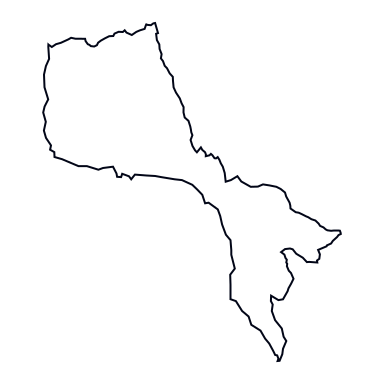 the district of Koilineia, Paphos, Cyprus
{"feature_id": "46923920B51362656618106", "entity_name": "Koilineia", "entity_type": "district", "adm_level": 2, "iso_a3": "CYP", "parent_name": "Cyprus", "parent_adm1": "Paphos", "projection": "natural_earth1", "projection_center": [32.649, 34.878], "detail": "fine", "context": "isolated", "style": "outline", "palette": "ink", "viewbox_px": 384, "rotation_deg": 0, "n_neighbors": 0, "source": "geoboundaries", "source_scale": "gbopen_adm2", "svg_char_len": 2718}
<svg xmlns="http://www.w3.org/2000/svg" viewBox="0 0 384 384"><path d="M48.4,44.6L48.3,46.8L49.1,58.9L45.9,66.1L44.0,74.6L44.5,87.3L48.2,99.4L44.6,106.5L43.2,112.5L45.8,121.8L43.9,130.6L46.0,137.9L51.0,145.4L50.1,149.7L54.3,152.1L54.5,157.0L62.1,159.2L78.4,166.1L86.8,166.1L98.4,169.7L103.0,168.0L113.0,166.7L116.5,173.5L117.1,176.8L121.1,177.1L122.2,173.8L129.0,176.3L131.2,179.3L134.9,174.6L146.6,175.5L155.2,176.0L161.2,177.1L174.7,179.3L182.0,180.1L192.3,184.8L197.2,189.5L202.3,194.8L205.1,203.3L208.6,202.7L217.8,209.4L220.2,216.0L222.1,224.5L225.9,234.7L230.5,240.2L231.3,250.1L231.3,254.8L234.8,268.6L230.2,274.7L230.5,284.8L230.5,299.2L235.9,301.1L242.1,311.0L248.6,316.5L251.3,324.8L260.5,330.6L265.1,338.6L269.2,343.5L273.1,350.7L274.4,353.3L275.1,354.9L277.2,355.4L278.4,358.7L277.6,361.0L279.6,360.8L282.3,354.2L283.0,348.8L286.3,341.0L283.6,336.7L281.8,328.5L275.1,320.2L271.8,311.0L272.7,304.5L270.9,301.1L271.1,295.7L278.4,300.1L283.0,299.3L287.6,291.2L288.5,288.3L291.1,283.7L293.5,278.8L291.0,273.0L288.8,270.7L286.9,266.2L287.2,263.8L286.3,262.5L286.8,259.7L285.5,258.0L284.4,254.6L281.1,252.1L285.0,249.1L290.0,248.5L292.7,249.3L296.2,253.7L297.3,254.4L302.8,257.7L306.9,262.1L309.1,261.9L317.3,262.5L317.0,260.5L319.3,258.8L319.9,254.3L318.1,249.9L326.6,246.3L326.9,245.4L331.1,243.5L332.8,240.9L337.1,237.0L338.5,235.1L340.8,234.0L340.6,232.7L339.9,230.7L338.3,230.5L334.2,230.5L331.1,230.8L327.4,230.3L325.7,229.4L323.5,227.4L320.1,225.9L318.7,223.7L315.4,220.5L311.4,219.2L308.2,217.2L306.2,216.4L301.9,214.2L298.7,212.7L295.7,212.2L293.6,210.7L290.5,208.5L290.3,205.6L289.6,202.7L286.2,196.5L285.0,192.5L280.7,189.0L276.4,186.8L269.4,185.4L263.0,184.4L257.9,186.6L250.7,186.8L246.1,184.2L241.3,181.5L237.4,176.2L230.9,180.1L225.7,181.7L224.7,173.0L222.8,166.7L220.8,163.3L219.4,159.8L217.7,157.1L216.0,158.4L214.5,158.2L212.4,155.2L210.9,153.9L209.5,155.3L205.8,156.2L205.9,154.5L205.1,152.3L202.3,149.9L200.9,147.4L196.9,152.3L195.1,150.4L192.5,146.0L190.6,140.0L192.4,135.2L191.3,132.3L190.9,129.6L190.3,126.6L188.5,120.9L184.7,117.5L183.5,112.4L183.6,107.1L181.6,103.3L179.8,98.4L176.0,92.6L173.6,87.4L173.0,81.0L172.8,76.8L169.7,73.4L167.0,68.2L164.7,65.8L163.0,61.1L160.9,58.4L161.6,54.1L159.6,49.0L159.3,44.4L156.9,40.1L156.1,33.8L158.0,33.1L155.9,25.8L155.1,23.0L153.3,23.4L150.9,25.2L147.6,24.9L146.3,24.4L145.9,25.2L144.6,28.9L140.0,30.3L136.3,31.9L131.8,35.0L126.5,32.6L124.7,30.3L122.8,32.0L118.6,31.8L114.5,33.6L113.3,36.0L109.2,36.2L104.8,38.4L100.9,40.6L98.1,42.7L96.9,45.2L94.2,46.5L90.8,46.1L89.5,44.9L87.8,44.2L85.6,41.1L85.1,38.8L75.3,38.7L71.1,37.8L68.5,39.3L60.9,42.8L56.0,44.2L51.8,47.0L50.0,45.7L48.5,44.7L48.4,44.6Z" fill="none" stroke="#020617" stroke-width="2"/></svg>